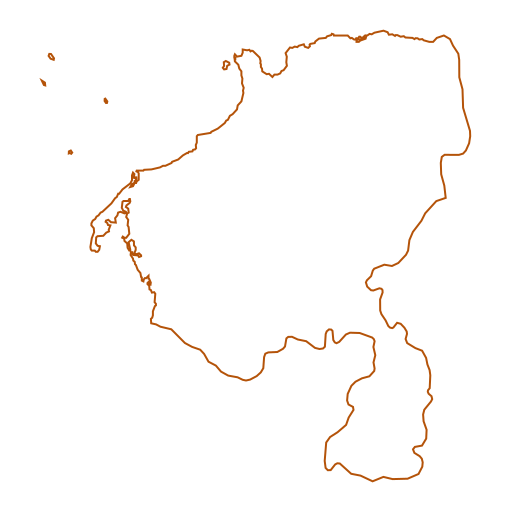 the district of San Fernando de Monte Cristi, Monte Cristi, Dominican Republic
{"feature_id": "3306468B8968248816263", "entity_name": "San Fernando de Monte Cristi", "entity_type": "district", "adm_level": 2, "iso_a3": "DOM", "parent_name": "Dominican Republic", "parent_adm1": "Monte Cristi", "projection": "natural_earth1", "projection_center": [-71.673, 19.756], "detail": "fine", "context": "isolated", "style": "outline", "palette": "amber", "viewbox_px": 512, "rotation_deg": 0, "n_neighbors": 0, "source": "geoboundaries", "source_scale": "gbopen_adm2", "svg_char_len": 5951}
<svg xmlns="http://www.w3.org/2000/svg" viewBox="0 0 512 512"><path d="M422.3,466.7L422.7,462.3L421.8,458.7L419.7,456.2L414.4,452.9L413.0,449.3L414.9,446.9L422.0,445.6L426.2,438.6L426.6,429.8L423.6,421.3L423.1,414.5L424.3,409.7L431.0,401.5L432.2,399.1L431.5,396.2L428.6,393.7L427.8,391.8L428.0,390.3L429.7,388.2L430.3,375.3L429.6,370.1L427.4,364.4L426.1,357.9L422.1,350.7L415.4,348.1L407.2,343.1L405.6,339.0L407.0,333.9L406.7,331.5L404.4,327.7L400.7,323.8L397.1,322.8L393.4,327.5L392.2,328.1L390.0,327.6L388.3,326.0L385.6,320.4L381.4,314.1L380.2,310.5L380.1,299.4L382.6,292.5L382.5,290.1L381.5,288.8L379.4,288.3L373.3,290.5L371.0,290.2L367.2,286.6L365.9,282.4L366.9,280.3L371.1,276.2L372.8,270.6L374.2,268.7L384.3,264.7L391.9,266.0L398.3,263.0L406.0,254.8L408.1,250.6L409.4,240.1L412.9,231.9L421.4,220.8L425.2,213.3L436.3,201.1L445.7,197.9L444.3,185.6L441.2,174.3L440.8,162.9L441.8,156.9L444.6,154.8L458.8,154.9L463.1,153.6L465.9,150.5L469.1,143.3L470.2,136.2L470.0,130.9L463.1,107.8L462.5,89.3L459.3,77.3L459.2,59.9L458.3,53.7L453.0,45.6L450.0,39.1L443.9,35.5L436.8,37.9L433.1,41.9L429.4,41.9L423.7,40.3L422.3,39.1L419.3,39.5L417.6,38.3L415.6,38.2L414.5,39.1L412.5,37.9L405.4,37.5L403.8,36.2L400.7,36.7L397.3,35.1L395.6,35.1L395.0,35.9L392.3,34.3L388.9,34.7L387.6,32.2L383.5,30.7L374.4,32.7L371.7,34.3L369.6,33.9L367.3,35.5L365.2,35.4L363.2,37.1L363.2,38.3L365.9,37.5L365.6,38.7L360.2,40.6L358.8,41.9L356.5,41.9L356.5,40.7L357.5,39.4L361.9,39.4L361.9,38.2L360.2,36.7L359.2,36.7L358.2,38.3L356.2,38.2L355.5,39.5L354.1,39.5L351.8,37.9L350.4,38.3L347.7,35.5L333.9,35.5L333.5,34.3L331.8,33.8L331.2,35.1L327.1,36.3L325.8,37.9L319.0,38.6L315.3,41.5L314.7,43.1L310.3,43.9L309.6,44.7L309.9,46.3L308.2,47.9L304.8,46.7L303.8,44.3L298.7,45.8L297.4,47.1L294.7,46.6L292.3,47.9L290.0,47.5L285.6,53.1L286.8,56.7L286.3,62.2L286.9,65.8L283.6,70.2L281.5,71.0L280.2,73.4L277.5,74.6L274.4,74.6L272.4,77.0L269.0,73.8L266.7,74.2L262.3,71.4L262.0,68.6L260.9,67.0L260.9,64.2L260.3,63.4L260.6,61.0L259.6,57.5L252.9,51.0L251.8,50.7L250.5,51.4L249.4,49.8L247.1,50.3L242.7,49.5L242.7,52.7L241.4,55.8L237.0,56.6L234.9,54.3L234.3,55.9L234.3,57.5L235.3,57.8L235.3,59.0L234.6,58.7L234.9,61.4L238.3,64.7L239.3,68.6L241.4,71.3L241.4,75.4L242.4,78.6L242.0,83.4L243.7,87.8L243.0,90.6L243.4,93.0L241.4,101.4L237.7,105.4L237.0,109.4L232.6,114.2L229.9,115.8L227.9,119.8L226.2,120.6L224.8,123.0L217.8,128.6L211.3,131.8L210.6,132.9L197.8,135.0L196.8,136.2L196.8,142.6L195.8,145.0L196.1,148.2L195.1,149.4L193.1,149.8L192.4,151.4L188.8,151.8L188.0,153.1L187.0,153.0L182.9,155.4L178.2,159.5L172.1,161.8L171.5,163.0L165.4,165.8L163.0,165.8L160.0,167.4L151.5,169.4L144.1,169.8L143.4,170.6L136.7,170.6L136.4,171.4L138.0,172.1L138.7,173.4L138.7,179.8L136.7,181.4L136.1,183.0L134.6,183.0L133.0,186.2L130.3,187.0L132.0,184.2L134.7,182.6L134.7,181.0L135.7,180.6L136.4,178.6L136.3,177.3L135.4,177.3L135.0,178.2L133.7,177.8L134.4,174.1L133.0,172.6L132.0,175.4L132.0,180.2L130.3,183.4L122.5,189.4L119.1,193.8L118.2,193.7L116.8,197.0L115.1,198.2L111.4,203.4L102.4,211.8L100.6,212.6L98.5,215.4L96.5,216.6L95.2,219.0L92.8,220.6L91.4,223.4L91.4,225.4L93.8,228.2L94.1,232.2L91.8,238.2L90.4,247.0L90.8,249.4L91.8,250.6L94.8,250.6L95.8,251.8L97.6,251.8L99.2,249.8L99.9,246.2L97.6,245.8L95.8,243.4L96.2,237.4L97.5,236.2L103.3,235.8L106.3,232.6L109.0,231.4L108.7,229.8L110.4,225.4L108.0,225.0L107.3,223.0L105.6,221.8L106.0,220.6L108.3,219.8L111.0,222.2L115.8,222.6L115.1,218.2L117.4,215.4L118.1,212.6L120.5,211.8L124.5,213.4L126.2,213.0L125.9,211.8L123.2,210.6L121.8,207.8L122.5,201.8L123.5,201.0L128.2,201.0L129.3,199.0L129.9,199.0L130.3,201.4L129.6,203.0L126.5,205.4L125.9,207.0L128.2,208.6L128.7,212.6L127.2,213.4L126.2,217.0L128.2,219.8L127.6,225.4L128.6,227.0L129.3,233.8L126.2,237.8L124.5,237.8L122.8,236.6L122.2,237.7L124.2,238.6L124.5,241.0L127.2,243.4L127.6,247.8L129.3,250.6L130.3,250.6L130.3,249.8L128.6,242.2L131.4,239.8L133.9,241.4L134.0,245.4L135.7,247.4L135.7,249.9L134.3,253.4L136.3,254.2L139.0,253.3L141.1,255.3L141.1,256.2L139.0,257.0L138.0,255.4L133.3,255.0L132.3,253.8L132.3,252.2L130.9,252.2L130.6,255.0L133.0,258.6L133.3,260.6L134.7,261.8L135.0,264.2L135.9,265.0L137.7,269.8L140.4,273.0L141.1,277.0L141.8,277.4L141.8,280.6L143.4,281.4L143.8,279.4L144.9,278.1L146.1,278.2L148.5,275.8L148.5,278.6L149.2,278.9L150.8,282.6L150.5,284.6L149.5,284.2L148.4,282.1L147.5,283.0L147.5,284.1L149.2,285.8L149.5,289.4L150.9,290.1L151.9,292.6L154.2,292.2L155.3,293.8L154.6,302.2L155.9,303.8L155.9,305.4L154.9,306.1L152.9,311.3L152.9,315.3L152.2,317.7L150.9,318.9L151.2,323.3L156.1,324.4L160.4,326.7L171.3,329.3L184.9,343.0L192.1,346.9L200.2,349.7L204.1,353.9L208.5,361.7L215.9,365.6L221.0,371.6L228.2,375.6L237.6,377.3L242.7,379.8L246.0,380.5L250.1,379.6L256.7,376.1L260.8,372.4L263.3,368.2L264.1,357.1L265.3,353.7L268.3,352.4L277.3,352.0L283.0,348.8L285.0,346.5L286.4,338.4L288.2,336.9L292.0,336.8L297.8,339.5L306.2,341.2L315.0,347.9L319.5,349.0L323.0,348.5L324.9,346.7L325.7,334.0L326.7,331.4L329.0,329.4L331.3,329.6L332.5,330.9L333.3,340.0L334.8,342.4L336.5,343.2L339.2,341.9L345.9,334.5L350.0,332.7L359.7,333.0L372.1,337.5L373.8,339.1L374.6,341.2L373.4,347.0L375.3,355.2L373.5,362.4L374.6,368.5L374.2,371.0L369.4,376.3L362.0,378.3L355.5,381.7L351.4,385.8L347.7,393.9L347.1,400.5L348.5,404.5L353.0,406.9L353.5,409.9L348.7,417.5L346.1,424.9L337.6,432.2L330.1,437.0L326.2,442.5L324.7,460.9L325.6,467.9L327.8,470.2L330.7,470.1L335.2,464.4L337.3,463.3L339.8,463.5L351.2,473.8L360.5,475.6L372.6,481.3L383.4,476.9L392.6,479.1L407.6,478.7L418.5,474.0L422.3,466.7ZM229.2,62.7L225.8,61.0L223.8,62.2L224.1,65.9L222.8,67.8L224.1,69.4L226.5,69.0L227.2,65.8L229.5,64.6L229.2,62.7ZM51.0,54.0L49.3,53.9L48.6,55.9L50.6,58.7L53.7,59.8L54.0,58.3L51.0,54.0ZM44.9,82.6L41.8,80.6L43.9,85.0L45.2,85.4L44.9,82.6ZM70.8,150.5L68.9,151.4L68.8,153.4L69.8,153.0L71.2,153.8L72.2,152.6L70.8,150.5ZM105.3,98.6L104.7,98.9L104.6,101.0L106.0,103.0L107.0,102.9L107.3,101.4L105.3,98.6Z" fill="none" stroke="#b45309" stroke-width="2"/></svg>